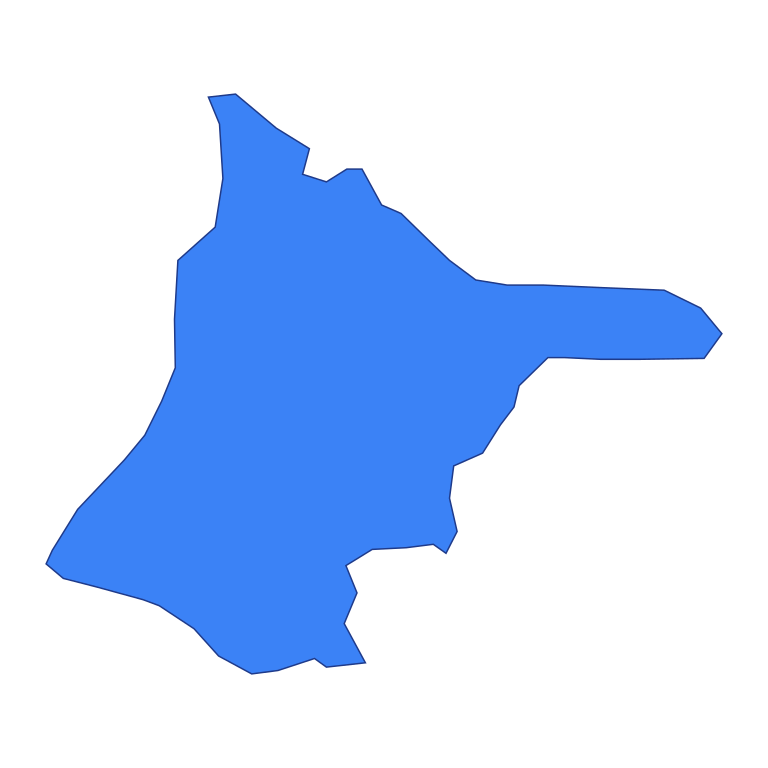 Kissousa, Limassol, Cyprus (Mercator projection)
{"feature_id": "46923920B24098617372182", "entity_name": "Kissousa", "entity_type": "district", "adm_level": 2, "iso_a3": "CYP", "parent_name": "Cyprus", "parent_adm1": "Limassol", "projection": "mercator", "projection_center": [32.799, 34.807], "detail": "fine", "context": "isolated", "style": "filled", "palette": "blue", "viewbox_px": 768, "rotation_deg": 0, "n_neighbors": 0, "source": "geoboundaries", "source_scale": "gbopen_adm2", "svg_char_len": 891}
<svg xmlns="http://www.w3.org/2000/svg" viewBox="0 0 768 768"><path d="M46.1,563.9L63.3,578.4L96.4,586.9L143.1,599.7L159.2,605.7L194.0,628.7L218.6,656.0L251.7,673.9L278.0,670.5L314.5,658.5L326.4,667.1L365.4,662.8L344.2,623.6L357.0,592.9L345.9,565.6L372.2,549.4L406.2,547.7L433.3,544.3L446.0,553.3L457.1,531.5L449.5,498.2L453.7,465.9L482.6,453.1L500.4,424.9L514.0,407.0L519.1,385.7L547.9,357.6L564.9,357.6L600.5,359.3L639.6,359.3L704.1,358.4L721.9,333.7L718.9,330.1L700.7,308.1L664.2,290.2L603.1,287.7L543.7,285.1L507.2,285.1L475.8,280.0L449.5,260.4L429.9,241.6L401.1,213.5L381.6,205.0L362.0,169.1L346.8,169.1L326.4,181.9L302.6,174.3L309.4,148.7L276.3,128.2L235.6,94.1L234.5,94.2L208.4,97.1L219.5,124.0L222.9,178.5L215.2,227.1L177.9,260.4L174.5,319.2L175.3,367.8L161.7,401.1L144.8,435.2L124.4,459.9L77.7,509.3L52.3,550.3L46.1,563.9Z" fill="#3b82f6" stroke="#1e3a8a" stroke-width="1.5"/></svg>